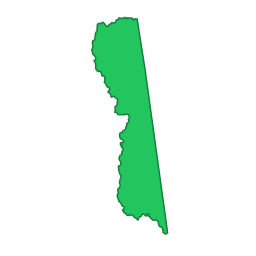 outline of Sítio Novo, Maranhão, Brazil, rotated 352°
{"feature_id": "56859067B7147994817031", "entity_name": "Sítio Novo", "entity_type": "district", "adm_level": 2, "iso_a3": "BRA", "parent_name": "Brazil", "parent_adm1": "Maranhão", "projection": "equal_earth", "projection_center": [-46.672, -6.275], "detail": "fine", "context": "isolated", "style": "filled", "palette": "green", "viewbox_px": 256, "rotation_deg": 352, "n_neighbors": 0, "source": "geoboundaries", "source_scale": "gbopen_adm2", "svg_char_len": 5543}
<svg xmlns="http://www.w3.org/2000/svg" viewBox="0 0 256 256"><g transform="rotate(352 128 128)"><path d="M104.7,51.4L105.1,52.2L105.4,52.7L105.8,53.3L105.9,54.1L105.8,54.8L105.4,55.6L104.8,56.0L104.0,56.3L103.8,57.0L104.3,57.9L104.5,58.7L104.8,60.1L104.8,61.1L104.7,61.9L104.6,62.5L104.4,63.6L104.5,64.6L104.4,65.4L104.9,65.9L105.4,67.1L106.2,67.9L106.7,68.0L107.3,67.6L107.8,67.5L108.2,67.7L108.6,68.4L108.9,69.1L109.1,69.8L109.5,70.6L109.4,71.4L109.4,72.3L109.9,72.9L110.5,73.1L111.3,73.2L111.7,73.6L112.0,74.1L112.0,75.0L111.9,75.7L111.8,76.4L111.8,77.4L111.5,78.5L111.0,79.0L111.0,79.6L111.6,80.4L112.0,81.4L112.4,82.2L112.6,82.7L112.6,83.4L112.9,84.0L113.5,84.5L113.8,84.9L114.3,85.2L114.7,85.5L115.2,86.0L115.4,86.8L115.3,87.4L114.3,88.1L113.5,88.9L113.3,89.6L113.6,90.1L114.2,90.4L114.6,90.9L114.9,91.5L115.4,92.4L115.7,93.1L115.7,93.8L115.6,94.4L115.7,95.0L116.3,95.0L117.8,94.6L118.3,94.6L118.8,95.1L119.9,96.4L120.3,96.8L121.2,97.7L121.5,98.3L121.5,99.3L121.0,100.9L120.8,101.7L120.6,103.1L120.2,103.9L119.6,104.4L119.1,104.5L118.5,104.9L118.1,105.4L118.0,106.6L117.8,108.1L117.7,109.2L117.4,109.9L117.2,110.7L118.1,110.7L118.6,111.0L119.1,111.5L119.4,112.0L119.6,112.7L119.9,113.2L120.4,113.5L121.1,113.5L122.1,113.7L122.8,113.9L123.7,113.9L124.2,113.8L124.7,113.9L125.2,114.2L125.8,114.3L126.6,114.4L127.4,114.2L128.0,113.8L128.7,114.2L129.3,114.6L130.2,114.7L130.7,115.2L130.6,115.9L130.6,116.6L131.0,117.6L130.8,118.2L130.4,118.5L130.0,119.1L129.6,119.5L129.5,120.0L129.8,121.1L129.6,121.8L129.3,122.4L128.8,122.6L128.3,123.0L127.4,123.4L127.1,123.8L127.2,124.5L127.2,125.3L127.0,125.9L126.6,126.2L126.1,126.6L125.9,127.3L125.8,128.2L125.0,128.9L124.5,129.4L124.0,129.8L122.8,130.0L122.3,130.3L122.0,131.0L121.4,131.7L120.5,131.7L119.9,131.7L119.1,132.3L118.8,133.0L118.8,133.6L118.7,134.2L118.5,135.2L118.7,136.3L118.9,136.9L119.0,137.4L119.4,137.8L120.3,138.4L120.8,139.0L121.3,139.6L121.6,140.3L121.7,141.1L121.5,141.6L120.7,141.8L120.0,141.8L119.4,141.7L118.8,141.5L118.4,141.8L118.3,142.7L118.2,143.4L118.3,144.1L119.3,144.1L119.6,144.5L119.4,145.3L118.8,145.8L119.1,146.5L120.0,147.1L120.3,147.4L120.4,148.1L119.9,148.8L119.6,149.3L119.3,149.9L118.8,150.5L118.3,151.5L118.2,152.8L117.9,153.4L117.4,153.7L116.8,154.1L116.1,154.3L115.5,155.5L114.9,156.6L114.8,157.4L114.9,158.3L115.4,159.2L116.0,160.3L116.1,161.2L116.0,162.1L115.5,163.3L115.3,163.9L114.8,164.2L114.3,164.4L113.4,164.3L113.1,165.0L113.1,165.9L113.0,166.8L113.0,167.8L113.1,168.7L113.2,169.3L113.2,171.0L113.3,171.7L113.7,172.9L114.2,173.8L114.5,174.7L114.2,175.5L113.7,176.3L113.2,177.7L112.9,178.7L112.4,179.4L112.1,180.3L112.0,180.9L112.0,181.7L112.3,182.7L112.4,183.6L112.1,184.6L111.8,185.1L111.3,185.7L110.6,186.2L109.5,187.1L109.2,187.9L109.2,188.9L109.4,190.3L109.4,191.2L109.1,191.6L108.4,191.9L108.1,192.9L107.9,193.9L108.0,194.8L108.1,195.5L108.4,196.4L108.4,197.1L108.6,197.9L108.7,198.9L108.9,199.6L109.5,200.2L110.0,200.6L110.3,201.0L110.5,201.6L110.7,202.2L110.9,202.8L111.1,203.6L111.6,204.7L113.0,205.2L113.3,205.9L113.1,206.7L112.8,207.2L112.5,207.6L111.8,208.0L111.2,208.5L111.3,209.2L112.2,209.9L112.4,210.4L112.1,211.1L113.6,212.0L114.0,212.6L114.2,213.4L114.6,214.0L115.0,214.2L115.9,214.3L116.3,214.5L117.0,214.9L118.1,214.5L118.8,214.4L119.9,214.9L120.4,215.2L121.0,215.7L121.3,216.4L121.8,217.2L122.6,217.9L123.8,218.8L124.2,219.3L124.7,220.4L125.2,220.4L126.0,218.9L126.3,218.3L126.8,217.9L127.3,217.7L127.8,217.6L128.6,217.3L129.1,217.0L129.8,215.7L130.3,215.3L130.8,215.2L131.4,215.4L132.2,215.9L132.6,216.7L133.2,217.5L133.7,217.7L134.4,217.4L135.0,216.0L135.6,215.6L136.2,215.8L136.3,216.9L136.2,218.3L137.0,218.7L137.9,220.3L138.3,220.7L139.2,222.2L139.7,222.7L140.4,222.6L140.9,222.8L141.5,223.1L142.9,223.0L143.3,223.1L143.9,223.5L144.3,224.3L144.9,225.1L144.9,226.5L145.0,228.8L145.5,229.5L145.8,230.1L146.3,230.4L146.9,230.4L147.5,230.6L147.8,231.6L148.1,232.4L148.2,233.3L148.3,236.6L149.0,237.1L149.5,237.5L150.0,238.0L150.4,238.2L151.1,238.2L151.8,237.5L152.6,237.3L152.7,224.6L152.7,203.7L152.7,198.8L152.9,129.4L152.9,120.2L153.0,76.7L153.0,72.1L153.0,70.6L152.8,58.6L152.6,48.2L152.3,25.8L152.3,24.5L152.2,22.3L152.2,21.3L151.4,21.4L150.6,21.0L150.0,20.8L149.6,21.0L149.1,21.6L148.5,21.9L148.1,21.2L147.4,19.9L146.9,19.6L146.3,19.4L145.6,19.7L145.0,19.4L144.2,19.2L143.4,18.8L142.9,18.8L142.5,19.2L142.2,19.6L141.8,19.6L141.3,19.0L141.1,18.4L140.3,18.1L139.8,18.1L139.2,18.3L138.6,18.2L138.1,18.8L137.7,18.9L137.1,18.9L136.6,18.5L136.1,18.4L135.6,18.0L135.1,18.1L134.7,17.8L134.3,17.8L134.3,18.6L133.6,19.1L133.2,19.2L132.5,19.2L132.0,19.2L131.4,19.5L131.1,20.1L130.8,21.1L130.3,21.6L129.6,21.7L129.0,22.2L128.2,22.2L127.6,21.7L126.9,21.3L126.3,21.5L125.8,22.2L125.2,22.5L124.7,22.5L124.2,22.9L123.7,23.2L123.2,23.7L122.6,23.7L122.4,24.3L121.8,24.9L121.3,24.5L120.7,24.1L120.0,23.5L120.0,22.8L119.7,22.2L119.3,21.5L118.7,20.8L118.5,20.3L118.0,19.9L117.2,20.1L116.6,20.0L116.1,20.5L115.6,20.8L115.0,21.0L114.5,20.5L114.0,20.3L113.5,20.4L113.1,20.7L112.6,20.8L112.1,21.5L111.7,22.2L111.8,22.8L111.7,23.5L111.5,24.4L111.2,25.1L111.0,25.9L111.3,26.9L111.0,27.5L110.4,27.8L109.9,28.4L109.7,28.9L109.2,29.4L108.8,30.0L108.9,30.9L108.5,31.7L108.2,32.5L108.1,33.2L107.9,34.2L107.8,35.0L107.2,35.7L106.9,36.3L106.2,36.5L105.6,36.9L105.1,37.0L104.9,37.7L104.9,38.5L104.5,38.8L104.4,39.4L104.6,40.1L104.8,40.9L104.7,41.5L104.4,42.1L104.3,43.2L104.2,43.9L103.6,44.6L103.2,45.2L103.0,46.0L103.0,46.7L103.3,47.5L103.4,48.6L103.3,49.6L103.5,50.3L104.0,50.7L104.7,51.4Z" fill="#22c55e" stroke="#15803d" stroke-width="1.5"/></g></svg>